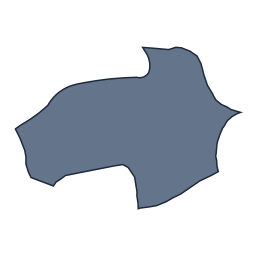 outline of Dumyat 1, Dumyat, Egypt
{"feature_id": "37247803B95914699067070", "entity_name": "Dumyat 1", "entity_type": "district", "adm_level": 2, "iso_a3": "EGY", "parent_name": "Egypt", "parent_adm1": "Dumyat", "projection": "robinson", "projection_center": [31.808, 31.407], "detail": "fine", "context": "isolated", "style": "filled", "palette": "slate", "viewbox_px": 256, "rotation_deg": 0, "n_neighbors": 0, "source": "geoboundaries", "source_scale": "gbopen_adm2", "svg_char_len": 2430}
<svg xmlns="http://www.w3.org/2000/svg" viewBox="0 0 256 256"><path d="M240.6,112.4L231.2,109.6L226.7,106.8L221.6,104.6L219.4,102.9L216.0,100.1L215.7,99.6L214.3,97.3L213.9,96.6L212.6,93.9L207.5,85.5L204.0,75.3L201.1,64.0L197.1,56.1L189.8,51.1L181.4,47.8L175.8,47.3L168.6,49.6L154.4,48.3L142.6,47.4L142.8,47.7L143.2,48.2L144.2,49.9L144.9,51.1L145.0,51.3L145.7,52.2L146.0,52.7L146.2,53.1L146.7,53.9L147.0,54.4L147.2,54.8L147.7,55.7L147.8,56.2L148.0,56.6L148.4,57.6L148.6,58.1L148.7,58.5L149.0,59.5L149.1,60.0L149.2,60.5L149.4,61.5L149.5,61.9L149.6,62.4L149.7,63.4L149.7,63.9L149.8,64.4L149.8,65.4L149.8,65.9L149.8,66.4L149.7,67.4L149.7,67.9L149.7,68.3L149.5,69.4L149.4,69.9L149.3,70.4L149.1,71.4L149.0,71.7L148.8,72.2L148.5,72.8L148.1,73.3L147.7,73.9L147.3,74.4L146.8,74.8L146.3,75.3L146.1,75.5L145.8,75.7L145.3,76.1L145.0,76.2L144.7,76.4L144.1,76.7L143.5,77.0L142.9,77.2L142.2,77.4L141.6,77.5L141.0,77.6L140.3,77.7L139.6,77.7L139.3,77.7L139.0,77.7L138.3,77.6L137.7,77.5L137.4,77.5L137.1,77.4L136.8,77.3L125.8,77.7L125.4,77.7L125.0,77.8L121.3,78.0L117.6,78.3L113.9,78.6L110.3,78.9L106.6,79.3L102.9,79.8L99.3,80.3L95.6,80.8L95.3,80.8L95.0,80.9L92.0,81.4L88.4,82.0L84.7,82.6L81.1,83.3L77.5,84.0L76.3,84.3L76.2,84.3L74.8,84.7L73.5,85.0L72.2,85.4L70.9,85.8L69.7,86.3L68.4,86.8L67.2,87.4L66.0,87.9L64.8,88.6L63.6,89.2L62.5,89.9L61.4,90.7L60.3,91.4L59.2,92.2L58.1,93.1L57.1,93.9L56.1,94.8L55.6,95.3L55.1,95.8L54.2,96.7L53.7,97.2L53.3,97.7L52.4,98.8L52.0,99.3L51.5,99.8L50.7,100.9L50.3,101.4L49.9,102.0L49.2,103.1L48.8,103.7L48.5,104.3L47.9,105.3L47.5,105.6L47.1,106.0L45.3,107.6L43.5,109.2L41.6,110.7L39.8,112.3L37.8,113.8L35.9,115.2L33.9,116.6L32.0,118.0L30.0,119.4L27.9,120.7L25.9,122.0L23.8,123.2L22.4,124.1L20.8,125.1L18.4,126.8L16.1,128.4L15.6,128.8L15.4,129.0L19.9,137.9L21.3,141.5L24.8,150.5L26.0,157.2L25.9,164.0L28.4,172.1L31.0,177.5L53.4,186.0L56.1,182.0L60.2,179.4L65.5,175.5L77.5,173.1L114.7,165.8L114.8,165.8L122.8,164.6L128.1,167.4L134.6,177.0L137.0,191.8L136.9,195.8L138.1,203.9L138.2,208.7L140.7,208.0L150.0,206.8L156.6,205.6L166.0,201.8L172.7,197.9L180.7,194.0L199.6,181.0L210.3,175.9L218.3,171.6L217.8,169.8L217.0,166.1L216.6,160.2L215.7,156.1L216.2,153.0L216.7,147.1L217.0,144.0L217.1,143.5L217.1,143.0L218.1,139.8L219.0,137.1L219.9,134.4L221.3,131.2L222.6,128.1L224.0,126.3L225.8,123.1L227.6,120.4L230.3,118.2L231.7,116.8L234.8,115.0L237.0,113.7L240.6,112.4Z" fill="#64748b" stroke="#1e293b" stroke-width="1.5"/></svg>